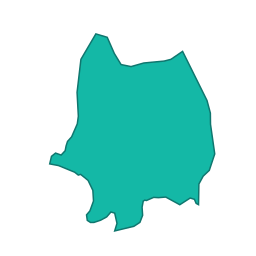 map outline of Ekiti (Equal Earth projection), rotated 169°
{"feature_id": "NGA-2854", "entity_name": "Ekiti", "entity_type": "State", "adm_level": 1, "iso_a3": "NGA", "parent_name": "Nigeria", "parent_adm1": "", "projection": "equal_earth", "projection_center": [5.414, 7.675], "detail": "fine", "context": "isolated", "style": "filled", "palette": "teal", "viewbox_px": 256, "rotation_deg": 169, "n_neighbors": 0, "source": "natural_earth", "source_scale": "10m", "svg_char_len": 863}
<svg xmlns="http://www.w3.org/2000/svg" viewBox="0 0 256 256"><g transform="rotate(169 128 128)"><path d="M160.7,29.5L157.0,36.5L157.3,47.0L160.8,48.8L165.9,44.8L172.5,42.7L179.4,41.8L182.8,42.4L185.6,45.1L185.3,50.6L181.2,53.9L175.8,62.9L174.4,73.5L177.2,84.2L183.3,91.5L185.8,91.3L188.8,94.8L203.4,104.4L211.7,107.7L208.5,114.8L203.9,117.2L198.8,114.2L194.0,117.7L192.2,122.2L189.9,126.4L185.0,130.1L177.0,141.7L174.5,149.0L171.2,172.7L161.1,204.4L141.6,226.5L131.1,221.0L127.2,203.7L122.7,191.6L113.3,187.7L100.1,188.8L79.8,186.8L72.8,187.2L59.8,192.8L45.2,139.9L44.3,126.9L46.3,115.9L47.8,86.0L56.3,70.9L63.4,66.4L69.1,59.5L73.4,39.3L75.5,41.0L76.4,45.3L80.3,47.4L91.8,42.8L104.1,53.0L111.4,53.8L116.0,55.0L123.8,53.3L125.3,54.0L127.0,53.3L129.3,47.5L130.3,39.5L134.3,33.1L140.9,30.4L160.7,29.5Z" fill="#14b8a6" stroke="#0f766e" stroke-width="1.5"/></g></svg>